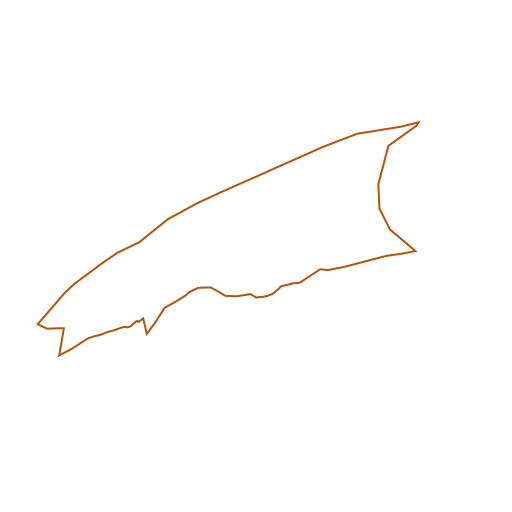 Burullus, Kafr ash Shaykh, Egypt (Mercator projection), rotated 315°
{"feature_id": "37247803B81519659380298", "entity_name": "Burullus", "entity_type": "district", "adm_level": 2, "iso_a3": "EGY", "parent_name": "Egypt", "parent_adm1": "Kafr ash Shaykh", "projection": "mercator", "projection_center": [31.2, 31.522], "detail": "fine", "context": "isolated", "style": "outline", "palette": "amber", "viewbox_px": 512, "rotation_deg": 315, "n_neighbors": 0, "source": "geoboundaries", "source_scale": "gbopen_adm2", "svg_char_len": 1816}
<svg xmlns="http://www.w3.org/2000/svg" viewBox="0 0 512 512"><g transform="rotate(315 256 256)"><path d="M226.7,285.6L228.3,286.6L231.4,289.4L235.2,291.9L240.3,294.3L242.3,294.7L245.4,294.8L247.7,295.2L249.7,295.3L251.6,294.9L253.2,295.7L256.3,297.6L256.8,297.9L263.3,301.8L263.8,302.3L265.7,304.1L266.8,305.1L268.3,305.8L270.4,306.3L292.0,310.8L297.1,317.0L305.3,322.3L308.9,325.0L316.9,329.7L336.9,341.4L347.8,347.8L362.2,358.5L372.2,365.2L369.5,331.9L376.8,309.8L393.3,291.7L427.6,271.7L461.8,277.4L465.4,276.4L463.8,275.5L461.2,273.8L457.7,271.8L456.8,271.2L450.5,267.4L449.3,266.6L448.2,265.9L444.9,263.4L438.8,259.0L434.1,255.6L427.2,250.7L422.2,247.0L415.8,242.4L413.9,241.0L405.6,237.4L397.9,233.9L382.3,227.0L381.5,226.7L379.7,225.9L379.3,225.7L378.0,225.2L373.9,223.6L363.3,219.6L353.5,215.8L342.3,211.5L332.8,207.8L309.9,199.1L307.4,198.1L284.5,189.2L283.1,188.7L278.4,186.9L266.4,182.4L258.9,179.7L251.5,177.0L238.6,173.2L228.9,170.4L223.4,168.7L219.9,167.7L215.4,167.2L209.2,166.5L201.9,165.7L198.0,165.3L192.7,164.7L186.7,164.1L183.0,163.7L180.2,162.7L174.6,160.7L166.4,157.8L166.2,157.8L162.8,156.5L160.6,155.8L158.3,155.3L156.3,155.0L147.6,153.3L143.2,152.5L134.6,151.2L122.4,149.5L119.7,149.0L109.6,147.5L104.2,147.2L94.5,146.8L86.9,147.4L77.1,148.1L53.4,149.9L56.9,159.7L67.4,169.5L69.0,171.3L46.6,187.1L59.8,191.3L66.7,192.8L70.6,193.6L73.8,194.3L78.5,195.3L81.4,196.7L84.8,198.3L89.1,201.1L93.0,203.0L97.6,204.9L103.6,208.4L110.3,211.5L112.6,213.0L113.3,213.5L114.7,215.6L117.8,217.1L121.5,217.3L125.8,217.6L126.3,219.5L132.1,220.4L123.8,233.8L137.6,231.8L144.4,230.3L154.5,228.0L167.1,231.5L171.3,232.5L177.7,234.0L183.8,234.5L184.4,234.7L192.8,237.7L201.7,246.2L204.0,253.7L206.2,262.5L213.9,270.9L225.2,279.0L226.7,285.0L226.7,285.6Z" fill="none" stroke="#b45309" stroke-width="2"/></g></svg>